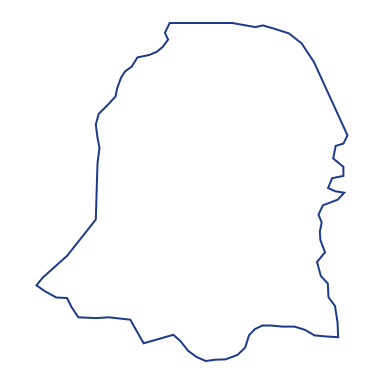 Assunção, Paraíba, Brazil
{"feature_id": "56859067B95091211309862", "entity_name": "Assunção", "entity_type": "district", "adm_level": 2, "iso_a3": "BRA", "parent_name": "Brazil", "parent_adm1": "Paraíba", "projection": "orthographic", "projection_center": [-36.706, -7.073], "detail": "fine", "context": "isolated", "style": "outline", "palette": "blue", "viewbox_px": 384, "rotation_deg": 0, "n_neighbors": 0, "source": "geoboundaries", "source_scale": "gbopen_adm2", "svg_char_len": 1064}
<svg xmlns="http://www.w3.org/2000/svg" viewBox="0 0 384 384"><path d="M301.7,43.5L288.9,33.4L271.2,27.8L262.7,25.4L255.5,27.1L232.2,23.0L169.7,23.0L164.9,32.8L168.1,39.6L162.5,47.1L156.4,52.0L149.1,55.0L137.5,57.4L131.6,66.7L125.1,71.4L121.1,77.6L117.2,88.1L115.5,96.6L107.5,105.1L98.7,113.9L95.8,124.5L97.5,137.7L99.5,148.0L97.5,163.3L95.8,219.5L67.3,255.6L42.5,277.8L36.5,285.4L44.5,291.0L56.2,297.5L67.0,298.0L71.4,306.8L78.3,317.3L96.6,318.1L108.8,317.3L130.3,319.7L143.6,343.3L173.3,334.8L180.2,340.8L188.2,350.9L196.6,357.0L205.7,361.0L215.4,359.7L225.4,359.4L237.4,355.0L245.1,347.7L249.1,335.1L255.1,329.0L262.4,325.5L270.9,325.5L282.4,326.6L294.5,326.6L304.9,329.8L314.5,335.4L325.3,336.4L338.2,337.2L337.5,322.2L335.0,306.0L328.5,297.2L327.8,283.5L320.9,276.1L317.0,262.0L325.0,252.3L320.4,240.1L319.8,231.9L321.7,222.6L318.5,214.6L322.9,205.3L337.8,199.6L344.2,192.7L335.3,191.3L328.1,188.0L332.1,178.2L343.4,175.9L343.4,166.9L333.2,158.5L335.7,145.9L343.4,143.6L347.5,135.4L314.0,62.1L301.7,43.5Z" fill="none" stroke="#1e3a8a" stroke-width="2"/></svg>